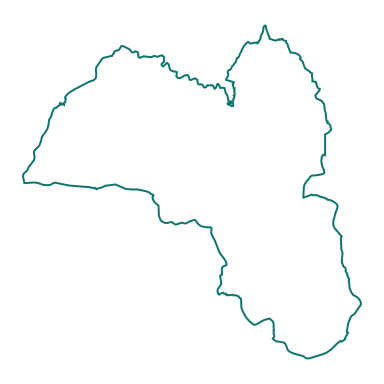 Nikhom Kham Soi, Mukdahan, Thailand
{"feature_id": "78962969B97747212455543", "entity_name": "Nikhom Kham Soi", "entity_type": "district", "adm_level": 2, "iso_a3": "THA", "parent_name": "Thailand", "parent_adm1": "Mukdahan", "projection": "albers", "projection_center": [104.552, 16.34], "detail": "fine", "context": "isolated", "style": "outline", "palette": "teal", "viewbox_px": 384, "rotation_deg": 0, "n_neighbors": 0, "source": "geoboundaries", "source_scale": "gbopen_adm2", "svg_char_len": 5854}
<svg xmlns="http://www.w3.org/2000/svg" viewBox="0 0 384 384"><path d="M349.0,281.8L348.7,281.4L349.0,280.6L348.9,278.3L348.0,277.2L347.8,276.1L347.3,275.9L347.3,273.6L346.3,272.6L345.5,270.9L345.9,270.1L345.7,268.9L345.2,267.7L343.6,266.6L341.9,262.5L341.9,258.8L342.6,253.0L341.3,249.0L341.3,245.3L340.9,244.1L341.2,242.0L340.8,239.3L340.8,238.3L341.7,236.5L334.6,228.1L333.5,225.8L333.1,222.9L333.6,220.2L335.4,213.3L337.6,207.1L337.5,205.8L337.0,204.7L335.3,202.8L333.0,201.3L329.9,200.0L327.5,199.7L326.6,198.7L325.9,198.7L325.1,198.0L319.2,196.4L318.0,195.5L316.2,195.1L315.7,195.3L315.1,195.0L313.5,195.4L311.8,194.6L303.6,197.7L303.3,196.8L303.9,186.9L304.4,184.9L306.4,181.4L308.5,179.3L310.5,176.5L312.0,175.5L315.5,175.4L321.9,174.3L323.5,173.7L324.2,172.8L324.2,170.5L322.3,166.6L321.4,162.2L321.3,160.0L321.6,159.5L321.7,156.9L322.4,156.3L322.7,155.1L324.0,154.6L325.1,155.1L325.1,134.4L327.7,133.2L330.4,130.6L330.8,129.6L331.1,129.6L331.1,128.5L330.5,127.3L330.6,126.3L330.3,125.4L329.1,123.7L327.3,123.0L327.2,122.6L327.8,121.6L326.4,120.6L325.6,112.3L324.8,110.7L324.1,104.2L321.9,101.2L320.6,100.3L316.7,98.6L315.8,97.1L315.3,95.4L319.3,90.5L319.8,89.0L318.1,88.2L317.3,86.9L316.4,84.7L316.5,83.5L316.0,83.1L315.9,81.8L312.4,81.4L312.6,79.7L311.9,76.1L312.2,73.4L310.1,72.4L309.9,71.6L306.5,69.5L305.0,68.2L302.3,61.0L301.5,60.6L299.9,58.7L300.8,57.8L299.3,55.3L298.3,54.5L296.4,53.6L292.1,52.4L290.6,52.7L287.9,46.0L287.7,44.5L286.0,42.3L285.9,40.9L283.7,40.4L282.8,39.1L281.7,38.8L281.1,39.7L279.6,39.2L278.9,40.0L277.9,39.6L275.7,40.6L273.7,40.2L269.4,38.6L269.5,37.0L268.4,35.1L266.3,29.2L265.8,26.1L265.4,25.6L264.5,25.8L263.5,27.4L263.3,30.2L262.7,32.3L260.9,35.9L260.5,37.8L260.7,38.3L260.3,38.7L260.2,39.7L258.6,41.3L258.6,42.3L257.4,43.4L256.8,43.1L256.6,42.5L255.9,42.9L254.6,42.6L250.3,43.6L248.2,41.9L247.6,42.1L244.1,45.7L241.7,49.9L241.6,50.8L239.9,54.0L239.3,56.0L238.3,57.5L236.9,58.2L235.5,62.5L234.5,63.3L233.4,65.2L232.2,66.2L230.8,69.0L230.1,69.8L228.9,70.1L227.6,72.0L228.3,74.8L227.7,76.7L226.5,78.2L226.0,79.8L233.8,82.2L233.2,83.4L233.2,83.9L232.8,84.0L233.1,84.7L232.8,85.5L233.6,86.9L233.7,88.4L234.5,88.4L234.3,88.9L234.6,90.1L234.2,90.7L234.3,92.1L234.8,93.1L234.5,94.7L233.7,95.2L234.1,96.0L234.5,96.1L234.4,96.7L234.0,98.2L233.4,98.7L233.3,100.6L232.6,101.7L233.3,105.0L233.2,105.9L232.9,106.1L231.6,106.2L230.4,105.0L228.2,104.6L227.6,104.1L227.6,103.4L228.1,103.0L231.1,103.2L231.7,102.4L231.8,101.6L231.1,101.3L229.7,101.6L228.3,100.8L227.5,95.9L225.5,92.5L225.4,91.2L224.4,88.0L223.6,87.8L220.2,87.9L219.5,85.9L218.3,84.1L217.6,84.0L217.1,84.6L216.5,86.6L215.5,88.3L214.8,88.8L214.3,88.4L213.4,86.1L211.8,85.0L210.1,85.5L207.4,85.3L206.1,87.0L204.6,87.6L203.9,87.3L202.8,85.2L201.7,84.3L199.3,84.5L197.9,83.8L197.3,79.9L195.2,78.4L194.1,78.6L191.3,79.9L190.4,80.0L189.6,79.7L188.7,76.6L187.7,75.1L186.8,75.0L184.5,75.6L180.5,77.9L178.3,78.0L177.0,77.2L176.4,76.3L176.9,72.2L175.7,71.7L172.9,71.3L170.6,70.2L169.8,68.8L168.7,64.5L167.2,62.9L166.6,63.1L163.4,66.3L162.8,66.3L161.8,65.3L161.5,64.6L161.8,63.7L163.5,62.3L164.1,60.8L163.9,59.6L164.2,57.4L163.5,56.4L162.4,55.6L161.2,55.4L157.6,56.8L154.2,55.9L152.0,56.8L150.1,57.1L143.7,56.3L139.8,57.8L138.6,57.2L138.1,53.2L137.8,52.4L136.8,51.7L135.3,51.2L134.0,52.3L132.4,52.4L131.4,51.8L129.9,49.7L128.2,48.6L124.8,46.9L122.1,46.0L121.4,46.0L119.6,49.0L118.5,50.1L117.6,50.5L116.3,50.4L114.2,51.7L114.0,53.1L112.9,54.1L112.2,55.8L103.6,57.8L102.0,58.8L96.2,67.5L95.8,70.4L96.3,74.1L96.0,77.0L95.8,78.2L94.2,79.8L92.9,80.5L89.3,81.7L74.0,89.6L71.6,91.1L67.8,93.8L65.2,96.9L65.0,97.8L65.9,98.6L65.3,100.4L65.5,101.6L65.2,102.3L63.9,102.9L64.0,104.8L62.9,104.1L62.2,104.6L61.5,104.6L61.3,103.5L60.2,102.9L59.3,105.5L57.9,106.2L56.6,107.7L55.1,107.7L53.7,109.1L51.9,113.3L51.1,116.4L49.2,119.6L48.4,125.3L47.5,128.6L45.8,131.6L42.4,136.1L41.8,137.4L41.0,141.3L39.4,145.3L37.7,147.5L35.8,149.0L34.2,150.9L33.9,152.8L34.6,157.5L33.8,160.5L28.6,167.2L27.0,170.8L24.3,173.0L23.2,174.6L23.0,176.7L24.4,183.1L33.8,182.5L37.8,182.9L42.8,184.8L47.4,185.2L50.0,185.0L53.7,183.0L55.2,182.7L69.6,185.6L89.8,187.2L94.5,188.4L94.8,187.9L95.8,188.3L96.4,189.2L98.3,188.3L102.3,187.3L105.0,185.8L115.5,184.5L125.9,189.0L131.8,189.5L136.5,189.4L139.5,189.8L147.0,191.5L149.2,192.5L150.9,193.9L153.4,195.0L153.4,195.8L152.5,196.9L152.9,199.4L154.5,202.3L158.5,205.6L158.9,215.6L160.5,219.9L162.0,221.5L164.1,222.6L166.6,223.1L170.4,222.2L172.1,222.2L174.9,224.3L176.2,224.5L181.6,222.7L182.6,222.8L184.2,223.4L185.7,223.4L191.2,220.8L194.6,219.9L195.6,220.4L197.9,223.7L200.0,225.5L201.2,226.2L205.9,227.2L210.7,227.3L211.2,227.6L211.5,228.2L211.2,232.5L211.9,235.2L215.0,240.9L219.5,252.6L224.8,259.7L225.9,261.7L226.3,262.9L226.4,265.1L222.7,266.7L222.1,267.9L221.8,269.8L222.0,274.6L221.5,275.1L220.6,275.2L220.1,276.3L221.3,283.0L220.9,284.6L217.8,289.2L217.5,291.7L218.0,293.3L219.0,294.6L219.7,294.4L220.2,293.7L223.0,292.7L223.9,293.7L225.6,293.6L225.6,294.3L226.9,295.2L227.6,294.7L228.2,295.2L230.2,295.2L232.3,294.7L233.5,295.5L235.4,295.2L238.8,296.5L239.5,297.8L240.5,298.2L240.8,298.7L241.2,300.7L241.2,304.3L241.6,308.5L242.9,311.6L246.0,317.2L248.5,320.3L252.2,323.7L254.0,324.7L255.0,324.8L256.6,324.2L264.1,320.0L269.7,318.6L272.9,321.5L273.6,323.8L273.7,328.8L274.0,330.0L273.6,330.3L273.7,334.3L274.3,335.7L274.3,336.6L272.8,338.6L273.8,339.7L276.1,341.2L284.1,342.6L285.1,343.6L286.0,345.1L287.5,349.5L288.6,350.9L289.6,351.7L293.9,353.6L303.1,356.1L306.4,358.4L309.2,358.4L322.8,354.2L326.4,352.8L331.0,349.6L336.6,344.0L340.2,341.1L342.1,341.6L342.8,340.8L344.9,339.5L345.2,337.9L348.0,332.6L346.8,331.8L347.0,330.3L348.1,323.9L350.7,317.0L351.5,316.0L354.7,313.8L358.5,308.0L360.2,305.8L360.8,304.7L361.0,303.2L360.5,301.6L359.1,299.2L357.2,297.2L353.2,294.9L351.1,292.0L349.6,287.9L349.0,281.8Z" fill="none" stroke="#0f766e" stroke-width="2"/></svg>